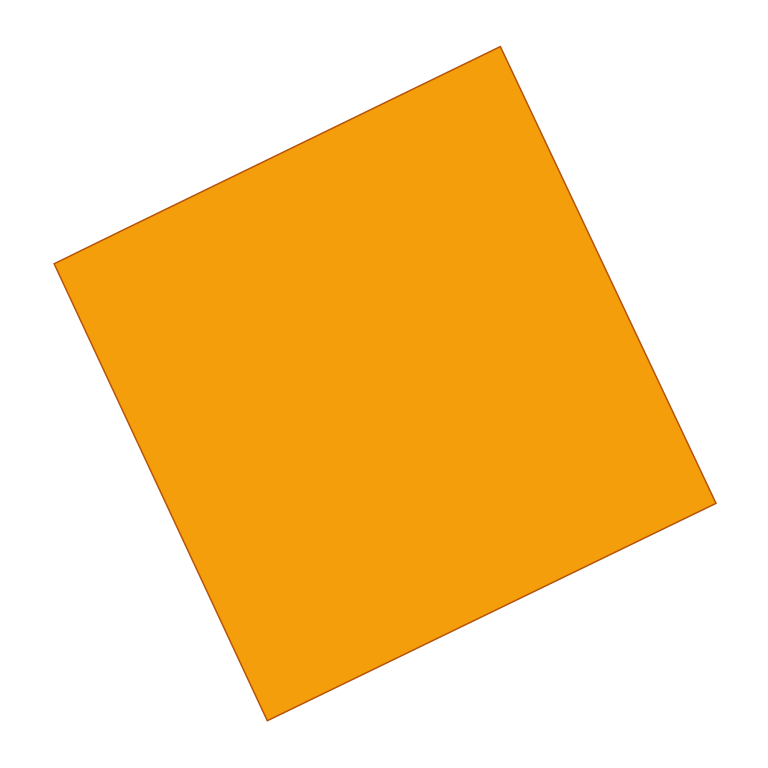 Howard, Texas, United States of America, rotated 154°
{"feature_id": "52423323B44641171264537", "entity_name": "Howard", "entity_type": "district", "adm_level": 2, "iso_a3": "USA", "parent_name": "United States of America", "parent_adm1": "Texas", "projection": "robinson", "projection_center": [-101.45, 32.306], "detail": "fine", "context": "isolated", "style": "filled", "palette": "amber", "viewbox_px": 768, "rotation_deg": 154, "n_neighbors": 0, "source": "geoboundaries", "source_scale": "gbopen_adm2", "svg_char_len": 243}
<svg xmlns="http://www.w3.org/2000/svg" viewBox="0 0 768 768"><g transform="rotate(154 384 384)"><path d="M131.5,636.3L549.9,636.8L627.8,636.7L636.5,132.5L137.9,131.2L131.5,636.3Z" fill="#f59e0b" stroke="#b45309" stroke-width="1.5"/></g></svg>